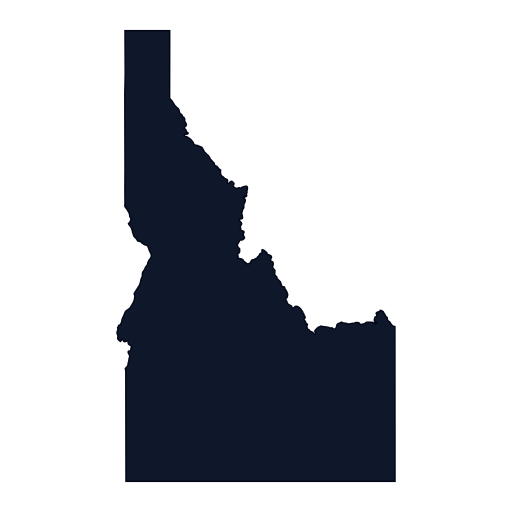 the border of Idaho
{"feature_id": "USA-3518", "entity_name": "Idaho", "entity_type": "State", "adm_level": 1, "iso_a3": "USA", "parent_name": "United States of America", "parent_adm1": "", "projection": "mercator", "projection_center": [-114.383, 45.496], "detail": "fine", "context": "isolated", "style": "filled", "palette": "ink", "viewbox_px": 512, "rotation_deg": 0, "n_neighbors": 0, "source": "natural_earth", "source_scale": "10m", "svg_char_len": 6125}
<svg xmlns="http://www.w3.org/2000/svg" viewBox="0 0 512 512"><path d="M125.0,30.7L169.7,30.7L169.6,98.0L170.2,99.1L171.2,100.0L172.5,101.7L174.7,105.3L176.9,107.7L178.4,108.7L178.8,109.7L179.7,112.9L179.9,113.3L180.2,113.7L181.8,114.7L182.4,116.3L182.6,116.6L183.9,117.5L184.5,118.4L184.7,119.3L184.6,121.0L184.8,121.5L186.0,123.5L186.4,124.8L185.8,126.1L184.1,127.5L183.9,127.7L183.9,128.0L185.7,129.6L186.1,130.3L186.3,131.8L187.9,132.7L188.1,133.1L187.8,133.8L187.2,134.1L184.7,134.4L184.2,135.0L184.2,135.3L184.3,135.6L184.6,136.0L185.3,136.4L187.1,136.9L190.5,139.2L192.3,141.3L193.1,142.4L193.9,144.2L194.5,144.8L195.2,145.1L197.4,145.5L201.5,147.2L201.9,147.4L202.7,148.7L203.8,150.6L204.3,152.0L205.4,152.8L206.5,154.1L208.2,155.5L209.5,157.3L210.1,158.8L214.2,163.4L214.6,165.2L215.1,165.7L217.0,166.4L218.8,168.8L220.6,170.1L220.6,170.4L220.4,171.9L220.5,173.1L220.8,174.5L221.2,175.4L221.9,176.1L223.2,177.0L224.9,178.6L226.9,179.4L227.4,179.8L227.6,180.7L227.3,183.1L227.7,183.7L228.1,183.8L228.8,183.5L229.8,182.3L230.8,181.5L231.4,181.3L232.1,181.5L233.2,182.4L233.9,183.4L234.0,183.9L233.9,184.3L233.2,185.4L233.1,185.8L233.3,186.4L234.1,187.2L235.2,188.0L236.4,188.4L237.7,188.2L239.1,187.7L240.1,188.1L240.8,188.1L242.7,187.0L245.8,186.2L246.5,186.2L247.1,186.6L247.4,187.5L247.4,189.1L246.8,191.3L247.0,192.3L246.9,192.7L246.5,193.6L246.3,194.3L246.7,195.5L246.6,195.8L246.3,196.3L244.2,197.3L243.9,197.8L245.2,199.7L245.2,200.9L245.1,201.7L244.0,204.0L243.8,204.7L243.7,205.5L243.8,207.1L243.7,207.9L242.6,209.6L242.4,210.3L242.3,211.4L241.5,212.9L242.2,215.1L242.5,217.3L242.5,218.0L242.1,218.6L241.8,218.7L239.7,219.1L239.4,219.4L239.3,220.0L239.6,220.8L241.3,222.7L241.6,223.4L241.5,224.4L240.4,226.1L240.2,226.8L240.4,227.7L240.7,228.4L240.8,228.8L240.6,229.6L240.8,230.0L241.2,230.4L243.8,231.4L244.0,232.2L243.3,233.9L243.3,235.0L243.5,235.6L244.4,237.2L244.5,237.7L244.3,238.3L242.9,239.6L242.3,239.9L240.4,240.0L239.7,240.5L238.1,243.5L237.2,244.5L237.2,245.3L237.6,245.9L237.9,247.1L239.4,248.6L239.7,249.1L239.7,249.5L239.5,250.2L239.7,251.1L239.5,252.2L238.7,253.2L237.6,254.3L237.5,254.6L237.6,255.0L238.1,256.3L238.0,257.0L237.4,257.8L237.4,258.1L237.6,258.3L239.1,258.4L241.7,259.0L243.2,260.1L243.4,260.5L243.6,261.2L243.9,261.5L245.9,262.7L246.3,263.4L246.6,263.7L248.1,263.9L248.6,263.8L250.5,262.7L251.3,260.7L252.0,260.0L252.6,259.8L253.7,259.8L255.0,259.0L257.1,258.0L257.7,256.8L258.9,255.9L259.8,254.0L260.3,253.6L262.1,252.8L262.1,252.2L261.9,251.1L261.9,250.4L262.0,249.9L262.5,249.7L263.9,250.3L266.7,252.6L266.9,253.2L267.0,253.9L267.3,254.2L270.1,255.4L270.9,255.8L271.2,256.3L271.5,257.0L271.5,257.3L270.9,258.5L270.7,259.3L270.5,260.5L270.7,260.9L271.1,261.2L272.5,261.8L272.9,262.3L273.1,262.7L273.2,264.2L273.1,265.0L272.7,266.0L272.6,266.7L272.9,268.1L273.1,268.5L274.3,269.6L274.9,270.4L274.7,274.0L274.8,275.0L276.8,277.0L277.0,278.4L277.2,278.7L280.3,281.8L280.7,282.6L281.0,284.0L281.6,285.1L281.8,286.5L282.4,286.9L283.9,286.8L284.3,287.0L284.6,287.5L285.0,288.9L286.4,291.0L287.4,293.4L287.7,294.8L287.2,297.1L286.7,297.9L285.6,298.5L285.4,299.0L286.6,301.1L287.5,303.5L288.5,304.5L290.6,305.5L291.6,306.2L291.8,307.6L292.0,307.9L292.5,308.0L293.7,307.8L295.2,306.5L295.8,306.3L296.6,306.3L297.6,306.6L298.8,307.2L300.7,309.0L301.5,310.3L302.5,311.5L303.0,313.0L303.7,314.0L304.1,315.2L305.0,316.9L305.1,317.8L304.1,319.0L304.0,319.6L304.2,320.1L305.4,321.5L305.6,322.1L305.6,322.8L305.8,323.2L306.9,323.8L307.2,324.2L307.4,324.5L306.7,326.6L307.2,327.7L307.3,328.7L307.5,329.0L309.0,329.8L310.2,331.3L312.8,332.4L314.1,334.1L314.4,334.3L314.8,334.3L315.5,333.9L315.7,333.6L315.7,333.2L314.8,331.6L314.8,331.2L315.1,330.6L315.4,330.0L318.3,327.2L319.6,326.9L320.6,326.2L321.5,326.2L323.0,326.6L328.5,327.3L329.5,328.0L331.6,327.9L332.5,328.1L333.7,329.1L334.6,329.1L335.3,328.9L335.9,328.3L336.7,326.2L337.0,324.7L337.4,324.2L338.1,323.6L340.3,322.9L341.2,322.2L341.6,322.2L342.3,322.5L343.3,323.1L345.6,323.2L348.5,324.1L352.8,323.3L353.5,323.4L354.3,323.2L355.4,322.7L356.1,322.5L358.0,322.6L359.2,323.1L359.5,323.4L360.2,324.4L360.8,324.7L361.2,324.7L362.5,324.1L364.2,323.9L366.5,322.3L367.1,322.2L372.0,322.3L372.6,322.4L374.8,323.6L376.5,323.4L376.7,323.2L376.6,322.7L375.0,322.0L374.7,321.6L374.5,321.2L374.3,319.8L374.5,319.1L374.9,318.1L374.9,317.4L375.3,316.9L376.5,316.4L376.9,316.0L376.9,314.9L376.2,313.5L376.4,312.9L377.4,312.1L379.3,311.7L380.3,310.4L381.3,310.5L383.3,311.8L383.8,312.9L385.6,315.8L385.9,316.6L387.2,317.6L387.3,318.1L387.4,319.6L387.7,320.5L389.5,321.8L390.1,322.5L390.9,323.9L392.2,325.5L392.9,326.1L394.9,326.6L395.0,481.3L126.0,481.3L125.8,371.4L125.7,370.1L125.3,368.7L126.0,367.7L127.0,366.9L127.5,366.0L128.1,364.6L128.2,363.1L128.8,361.1L129.1,358.5L129.7,356.9L129.7,356.2L129.4,354.9L128.2,352.7L128.2,351.7L128.6,351.1L129.8,351.1L130.3,350.8L130.7,350.2L130.9,349.5L131.0,348.0L131.6,346.9L131.4,346.3L130.5,345.4L128.7,344.3L128.5,343.9L128.2,343.1L128.1,341.7L128.0,341.1L127.4,340.9L124.8,341.7L123.8,341.4L122.9,339.8L122.3,339.6L121.7,339.8L120.4,341.4L118.7,340.1L118.0,339.3L117.7,338.1L118.0,336.0L117.8,335.2L117.2,333.9L117.0,333.1L117.2,331.7L118.0,329.3L117.6,327.6L118.5,326.4L118.6,325.6L119.0,325.3L120.0,324.9L120.6,324.2L121.2,323.1L121.7,321.9L122.1,319.4L122.6,318.1L123.7,315.8L125.0,312.6L125.4,311.7L126.3,310.7L129.0,308.9L129.8,308.1L130.5,307.3L132.9,303.3L133.9,301.1L134.3,299.9L134.8,296.9L134.9,295.6L134.3,294.5L134.2,293.8L134.4,293.2L139.5,285.1L140.4,282.6L141.2,278.7L142.3,276.6L142.4,273.9L142.6,272.5L143.2,271.4L144.7,269.5L145.4,267.4L147.5,264.6L147.9,262.6L148.8,260.5L150.3,258.5L151.0,257.5L151.3,256.3L151.3,254.9L150.9,253.6L149.3,250.4L148.5,247.8L147.9,246.5L147.4,245.8L146.7,245.2L144.8,244.8L142.2,243.2L140.8,241.7L137.6,240.9L136.7,239.1L134.0,236.3L132.7,232.6L132.3,230.6L131.2,227.4L128.8,224.3L128.5,223.6L129.9,222.1L130.4,221.2L130.9,219.9L130.9,218.5L129.9,216.7L129.4,213.6L128.7,212.2L127.2,209.6L125.1,206.8L124.8,205.8L124.9,204.6L125.0,202.8L124.9,191.1L125.0,168.9L124.8,94.5L125.2,74.0L125.0,30.7Z" fill="#0f172a" stroke="#020617" stroke-width="1.5"/></svg>